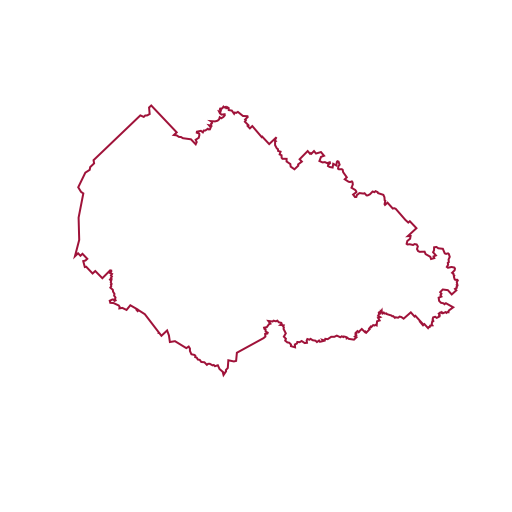 Dubbo, New South Wales, Australia, rotated 308°
{"feature_id": "25037944B69125352721348", "entity_name": "Dubbo", "entity_type": "district", "adm_level": 2, "iso_a3": "AUS", "parent_name": "Australia", "parent_adm1": "New South Wales", "projection": "orthographic", "projection_center": [148.966, -32.475], "detail": "fine", "context": "isolated", "style": "outline", "palette": "rose", "viewbox_px": 512, "rotation_deg": 308, "n_neighbors": 0, "source": "geoboundaries", "source_scale": "gbopen_adm2", "svg_char_len": 6138}
<svg xmlns="http://www.w3.org/2000/svg" viewBox="0 0 512 512"><g transform="rotate(308 256 256)"><path d="M363.6,422.5L363.5,420.9L367.0,421.3L368.5,420.6L369.0,419.4L367.7,416.8L364.9,414.5L364.9,413.1L367.4,412.8L368.6,411.4L369.9,411.7L371.8,409.9L374.6,409.2L376.3,406.7L376.3,405.7L374.7,404.5L374.3,403.1L376.7,398.8L374.3,394.9L374.2,392.6L372.5,391.0L370.1,392.8L368.0,393.2L367.2,397.4L365.0,396.2L364.1,397.8L361.4,395.8L362.7,393.8L361.9,388.5L363.2,386.2L360.0,382.3L359.7,380.6L360.6,378.6L363.2,377.6L364.0,375.5L363.0,373.6L361.4,373.0L359.9,369.9L358.3,368.2L358.3,367.2L361.0,366.0L364.5,366.8L366.9,365.5L365.1,363.4L376.7,365.3L378.1,355.8L376.1,355.4L376.4,351.5L379.2,337.0L378.7,335.4L377.6,334.6L379.0,326.8L375.7,326.2L376.0,325.4L379.1,323.9L379.1,323.1L381.4,321.0L382.6,318.7L380.7,313.5L381.2,312.5L380.7,310.3L379.2,310.0L378.6,308.2L374.8,307.8L372.5,306.7L371.8,305.8L372.3,302.9L371.3,302.2L369.3,298.8L366.1,298.0L364.3,298.7L363.4,297.7L364.2,294.7L368.0,295.8L368.6,295.3L369.1,293.6L368.6,289.2L371.9,288.3L373.5,286.7L373.8,285.6L372.2,284.6L371.5,283.2L371.1,278.7L373.9,279.1L375.7,273.1L377.3,271.2L377.2,270.1L375.4,268.0L375.3,266.9L377.6,265.6L379.4,265.7L381.2,262.9L380.8,261.8L380.0,261.8L376.8,263.5L376.2,260.1L372.9,261.9L371.5,259.3L371.2,257.3L372.4,256.7L374.7,257.2L375.3,256.4L373.0,254.9L372.4,252.5L370.7,250.8L369.9,247.5L374.1,246.2L376.9,247.9L377.9,243.2L373.7,240.2L374.4,237.1L370.7,236.7L370.8,235.9L369.8,235.7L370.5,232.1L359.1,230.8L358.6,234.0L354.1,232.8L353.2,233.7L348.0,232.9L347.8,228.3L349.6,226.4L349.3,221.9L351.4,220.3L348.9,217.0L349.2,215.7L351.1,214.1L350.6,212.1L353.3,211.1L352.4,208.8L353.7,207.5L353.6,206.2L355.1,202.8L357.9,200.6L358.7,200.9L358.8,199.6L362.2,199.0L352.3,197.5L353.9,187.4L353.2,187.3L356.1,173.1L352.8,172.6L353.3,169.3L354.4,169.5L355.0,164.5L356.8,164.4L356.9,163.4L360.4,163.9L360.9,163.2L358.3,159.5L358.4,153.0L356.6,152.3L356.0,151.0L354.6,151.2L355.7,147.4L354.2,144.7L355.8,143.3L355.6,142.0L354.9,142.4L354.1,141.5L354.8,140.3L353.6,139.6L353.7,138.4L351.5,138.5L350.1,137.0L349.3,137.3L349.3,138.6L347.8,139.2L347.2,137.8L346.2,139.8L346.2,141.8L348.4,144.0L347.6,144.8L345.4,144.7L343.1,143.8L343.0,142.0L340.9,142.8L338.9,142.4L336.8,140.8L334.4,137.3L334.5,138.6L333.7,139.5L332.6,139.2L331.2,140.6L330.1,138.5L329.6,141.1L327.4,141.7L326.5,140.6L326.6,139.7L323.7,138.8L322.7,137.6L320.7,138.0L320.7,135.5L317.6,132.9L316.7,133.4L317.5,135.9L316.5,136.9L313.9,138.1L310.4,136.9L309.3,139.1L306.9,139.7L307.9,132.9L303.8,125.8L303.6,123.7L302.4,121.9L302.2,119.2L300.8,116.8L304.6,117.4L310.1,80.8L307.2,80.3L302.4,84.8L299.8,83.7L298.5,82.2L296.5,81.9L295.6,78.3L231.5,69.0L229.3,71.4L224.0,70.6L221.5,71.9L216.6,70.2L200.7,73.6L198.8,78.7L199.0,81.4L177.0,92.6L159.8,106.8L144.3,113.5L148.6,114.1L148.1,117.5L150.9,117.9L149.9,124.8L147.5,124.4L145.6,123.0L141.9,127.9L143.0,128.8L141.6,138.0L145.2,138.6L143.9,148.6L154.9,149.9L155.4,150.9L154.7,151.5L152.7,151.2L153.2,153.6L151.3,153.7L151.1,155.1L149.2,155.2L148.7,156.1L147.6,155.5L147.4,156.1L148.3,156.7L145.8,157.8L145.1,159.4L144.2,159.2L143.2,160.5L141.4,160.7L141.2,164.0L139.9,165.3L139.0,167.8L137.4,168.6L136.8,170.8L135.1,171.6L134.6,172.7L133.5,172.1L134.0,170.6L133.3,169.6L130.7,168.3L129.4,170.0L131.2,172.7L132.5,178.3L132.0,179.8L130.6,180.6L132.8,182.6L133.8,187.2L139.8,187.3L140.9,195.0L140.0,195.0L139.7,196.7L141.0,196.9L141.7,204.2L136.0,226.2L135.4,226.6L135.8,227.1L134.9,230.6L142.6,231.8L139.8,236.3L135.2,241.1L139.0,244.6L140.5,257.8L143.2,258.7L142.4,260.9L140.5,262.4L138.8,265.6L140.2,268.5L140.0,269.7L138.9,270.3L139.4,271.9L138.6,273.9L139.5,275.6L138.8,278.1L140.5,280.8L140.0,284.3L141.5,284.6L142.6,285.9L143.1,289.1L144.1,289.8L143.9,291.5L146.4,293.2L144.5,296.8L144.2,302.3L143.5,302.0L142.2,303.7L146.7,303.4L147.6,302.5L150.4,302.7L156.8,298.4L159.3,303.5L161.1,304.9L168.0,300.5L195.9,312.5L198.3,313.0L200.2,311.2L201.9,312.7L202.8,312.4L202.4,310.1L204.0,308.8L203.7,307.6L204.5,306.5L206.6,308.3L210.2,308.2L211.5,309.0L212.4,305.7L214.6,309.4L215.8,309.6L216.8,311.9L218.2,312.6L217.8,314.8L218.9,317.1L218.3,318.1L216.7,317.7L218.4,320.5L217.2,320.8L216.9,321.9L215.5,322.6L213.4,327.1L209.6,327.6L209.2,330.5L207.3,331.1L207.2,333.9L208.1,335.5L207.8,338.0L206.5,339.0L208.1,343.0L210.2,341.1L212.3,342.1L213.7,341.5L214.9,343.4L217.1,344.3L217.4,348.0L219.0,349.6L220.5,348.0L222.2,347.6L222.9,349.6L224.3,350.0L224.5,352.5L225.9,355.0L225.7,357.0L228.2,357.7L227.7,359.0L228.2,359.6L230.4,361.3L230.8,360.0L231.7,362.2L233.4,361.6L234.6,363.7L238.6,365.0L240.6,367.5L243.0,368.7L243.9,372.5L245.5,373.0L245.9,374.7L246.6,374.7L247.2,375.9L247.7,377.2L247.0,378.0L247.8,378.2L247.8,380.1L250.4,384.7L253.8,385.2L253.4,383.5L255.4,383.8L255.7,382.4L256.9,382.6L257.0,381.9L259.3,382.2L259.0,384.6L259.5,383.7L263.6,384.3L263.1,388.4L263.8,388.5L263.7,389.7L262.4,390.0L268.4,390.6L268.5,389.8L271.1,389.9L271.0,390.6L273.7,390.9L274.2,392.2L275.4,392.6L275.6,393.8L279.1,391.6L281.3,393.1L282.4,390.3L284.3,391.5L284.0,389.0L285.9,388.8L287.0,387.6L287.5,387.7L287.5,389.2L289.4,388.1L289.5,388.7L290.4,388.6L289.3,389.6L288.7,391.2L290.1,391.5L289.8,392.7L291.0,394.1L290.7,394.7L292.5,399.4L292.4,400.5L293.1,401.2L292.8,403.5L293.6,403.7L294.9,406.0L296.7,406.5L297.4,408.2L297.5,410.9L306.9,412.7L305.9,418.2L307.0,418.4L305.4,427.9L304.9,427.0L304.2,430.3L306.0,430.6L305.1,436.0L306.3,435.9L306.9,436.6L308.3,436.1L309.9,437.7L310.3,436.5L312.7,435.3L313.4,435.7L313.5,435.1L314.4,435.2L314.9,434.1L316.7,433.4L318.4,434.6L318.5,436.5L321.3,437.8L321.9,436.9L322.6,437.1L323.1,435.5L325.0,436.0L325.2,437.0L326.1,437.0L325.9,438.5L328.6,440.0L328.4,441.1L329.8,441.5L330.2,442.3L331.7,441.5L337.0,443.0L335.7,434.7L334.0,434.2L334.2,433.0L333.0,430.5L333.4,427.9L335.6,425.6L338.2,427.1L338.8,425.4L340.4,425.4L340.9,423.4L344.6,423.8L347.2,428.2L346.2,433.9L352.3,435.0L352.6,433.1L354.6,433.8L355.3,433.0L356.6,433.0L356.8,432.1L357.4,432.3L359.1,430.2L360.9,430.1L361.2,429.3L359.9,427.7L360.0,426.8L361.5,424.7L362.7,424.3L362.8,423.1L363.6,422.5Z" fill="none" stroke="#9f1239" stroke-width="2"/></g></svg>